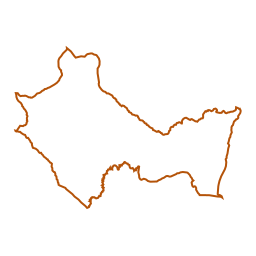 Sapuyes, Nariño, Colombia
{"feature_id": "7082276B44566424011980", "entity_name": "Sapuyes", "entity_type": "district", "adm_level": 2, "iso_a3": "COL", "parent_name": "Colombia", "parent_adm1": "Nariño", "projection": "natural_earth1", "projection_center": [-77.678, 1.042], "detail": "fine", "context": "isolated", "style": "outline", "palette": "amber", "viewbox_px": 256, "rotation_deg": 0, "n_neighbors": 0, "source": "geoboundaries", "source_scale": "gbopen_adm2", "svg_char_len": 5859}
<svg xmlns="http://www.w3.org/2000/svg" viewBox="0 0 256 256"><path d="M222.1,197.5L221.7,196.3L220.3,195.3L218.3,194.7L217.7,194.1L218.3,186.3L218.7,184.2L219.5,180.9L221.2,176.3L224.8,169.4L225.9,166.2L226.3,162.1L225.7,159.2L226.6,158.0L226.6,156.4L227.5,153.5L228.3,148.2L229.2,145.5L228.7,144.3L228.0,143.5L228.7,141.6L229.4,138.3L230.3,137.0L230.5,135.1L231.8,132.4L231.3,130.0L231.5,128.8L231.5,127.2L232.1,125.9L232.9,125.2L234.0,121.6L234.8,120.7L235.4,120.5L235.9,119.5L237.4,118.9L238.2,118.0L238.3,117.6L238.1,116.2L240.2,113.1L240.6,111.6L240.6,110.4L239.8,108.8L239.3,109.1L238.2,108.2L236.1,107.3L235.9,109.7L235.2,110.4L232.8,111.6L230.6,111.8L229.0,112.4L228.1,112.4L226.5,113.2L225.5,113.0L223.9,111.1L223.5,110.9L222.5,111.5L221.6,112.8L219.6,112.9L216.4,112.2L216.2,111.6L217.0,110.5L217.0,110.1L216.6,109.4L215.6,108.6L213.9,109.0L212.9,110.5L211.4,111.2L209.7,110.2L208.6,110.1L208.0,110.9L207.4,110.5L206.4,111.6L205.4,111.2L203.1,114.4L203.1,117.6L202.7,118.3L201.2,118.4L200.3,119.3L199.2,119.5L197.3,121.7L196.3,121.3L195.4,121.3L191.8,119.1L191.2,119.1L190.4,119.9L189.7,119.8L186.3,117.8L185.0,117.9L183.6,118.7L182.7,119.6L181.9,121.2L182.0,123.0L181.8,123.5L181.3,123.4L180.9,122.8L179.1,122.2L178.2,122.8L177.0,122.9L176.5,123.4L176.0,124.8L174.6,124.7L173.6,125.6L173.2,126.8L171.6,126.9L170.9,127.3L170.3,128.2L170.2,130.3L169.2,130.8L168.6,133.0L167.7,134.0L164.9,134.3L163.9,134.8L163.2,134.7L162.3,134.2L161.7,133.1L160.8,133.0L160.2,132.1L159.3,132.0L158.6,131.0L158.1,131.1L157.5,131.7L156.7,131.8L153.9,130.2L153.1,130.1L152.5,128.4L150.5,127.6L148.9,126.4L148.4,125.5L146.8,124.9L146.4,123.6L145.6,123.6L144.5,122.9L144.3,122.1L143.5,121.7L142.9,120.8L142.4,120.5L140.3,120.2L139.6,119.8L138.9,118.3L138.1,117.4L138.1,116.6L137.4,115.8L136.8,115.5L135.8,115.7L134.1,114.9L132.2,114.5L131.1,112.9L129.0,112.0L128.8,110.9L127.8,110.4L126.8,108.1L125.1,107.0L124.2,106.0L122.6,105.5L121.7,106.2L121.2,105.6L120.2,105.2L119.8,104.2L118.9,103.7L118.6,102.9L116.6,101.2L116.2,99.5L115.6,99.4L115.1,98.4L113.9,98.0L112.9,96.9L112.3,95.6L108.4,93.4L106.8,93.4L105.4,91.9L103.4,91.3L101.7,89.8L99.6,87.0L98.9,85.3L98.7,83.5L99.0,83.0L99.0,82.2L97.6,73.3L97.6,68.5L98.8,66.7L99.5,64.8L99.6,61.2L98.9,58.5L96.7,55.4L96.1,55.0L93.9,54.5L92.3,53.5L91.0,53.4L87.5,54.1L86.7,54.6L84.7,56.7L81.1,56.3L75.7,57.6L74.5,56.3L70.9,51.4L66.9,48.1L67.0,49.1L66.7,49.8L63.0,53.4L61.3,56.0L59.3,58.3L58.6,60.0L58.4,61.2L58.6,66.8L59.9,69.3L61.1,70.3L61.1,71.7L61.9,73.6L62.0,75.2L59.6,78.7L59.2,80.2L56.9,82.8L54.5,84.5L49.5,87.4L47.7,88.0L46.5,88.8L44.6,89.1L43.7,90.2L42.2,90.8L40.6,92.3L39.3,93.0L37.1,93.5L34.9,95.9L32.1,97.6L30.8,97.7L30.2,97.3L28.8,97.3L26.4,96.0L24.9,95.6L24.1,95.9L22.8,95.8L20.5,96.1L19.2,95.2L17.7,93.2L15.8,93.1L16.3,95.0L16.4,96.9L17.2,99.2L18.4,101.0L20.9,103.0L22.1,105.0L22.2,106.2L23.1,106.9L23.9,108.7L24.6,109.2L25.5,110.4L26.8,112.8L26.9,114.1L26.6,114.8L27.5,116.1L26.9,117.8L26.9,119.1L27.1,119.7L26.9,120.5L27.3,120.9L27.3,121.5L26.6,122.4L26.5,123.8L25.4,125.1L24.0,125.4L23.1,126.1L20.1,125.8L16.7,130.8L16.3,131.0L15.4,130.7L15.5,131.0L16.3,131.5L17.6,131.4L19.3,131.9L20.2,131.9L21.3,133.0L23.6,134.5L25.1,134.9L26.3,137.5L27.1,138.0L28.0,137.8L28.2,138.0L30.2,141.0L30.6,142.1L31.8,143.2L32.0,143.8L31.9,144.8L32.9,147.8L35.7,148.7L37.7,150.3L39.0,152.3L39.7,152.9L41.1,152.8L41.7,154.0L43.1,155.3L43.7,156.5L45.9,158.1L46.9,159.2L47.7,159.4L48.2,160.5L49.3,161.4L50.0,162.5L50.9,162.8L51.9,163.7L51.6,166.7L52.3,168.0L52.4,170.5L53.9,172.0L54.6,172.1L54.9,172.5L55.4,174.0L55.3,175.3L56.4,176.4L56.7,179.3L57.5,179.9L57.9,182.3L58.4,183.0L58.3,183.4L58.5,183.7L58.6,184.8L59.7,185.5L65.4,187.9L66.2,189.1L72.4,194.1L74.6,196.6L78.5,199.5L81.1,202.4L85.4,206.0L87.1,207.9L88.5,207.3L88.8,206.4L89.2,206.6L90.1,204.5L90.9,203.6L90.6,201.8L89.7,201.3L90.5,200.9L90.1,200.3L90.7,200.2L90.8,200.0L90.2,199.4L90.8,198.7L91.4,198.4L91.2,197.9L91.4,197.7L92.1,197.2L92.5,197.3L92.9,197.1L93.4,197.4L94.2,197.2L94.9,197.8L95.5,197.8L96.1,198.4L98.0,197.9L99.1,196.0L99.8,196.3L100.6,196.0L100.6,194.7L101.0,194.1L100.8,193.3L101.6,192.7L101.9,191.8L102.6,191.8L102.9,190.8L103.5,190.6L103.6,190.1L103.2,188.8L103.6,188.0L102.8,187.9L102.3,187.3L102.5,187.1L103.0,187.4L103.2,187.1L102.6,186.2L102.9,185.5L102.2,185.2L103.3,184.5L102.8,183.7L102.9,183.0L102.3,182.3L103.1,181.4L102.3,180.9L102.2,180.4L103.1,180.0L102.6,179.2L103.6,178.9L103.4,177.8L104.2,177.7L104.1,176.2L104.6,175.5L104.4,175.2L103.6,175.5L103.5,174.9L105.1,174.5L106.3,173.2L106.7,173.6L107.1,173.5L106.8,172.8L106.9,171.0L107.7,170.7L108.0,169.6L108.9,169.6L110.0,167.9L110.1,168.8L110.4,169.2L111.1,168.6L111.4,169.2L112.3,169.5L112.3,169.1L111.6,168.7L111.6,168.2L112.4,167.6L112.5,166.6L113.2,166.4L113.6,165.6L114.8,165.3L115.7,165.6L117.2,167.1L117.7,169.2L118.2,169.7L118.6,169.6L118.9,169.1L118.8,167.8L119.4,166.8L119.4,165.1L119.7,165.1L120.5,166.2L121.1,165.0L121.9,165.4L122.5,164.1L123.6,163.6L123.8,162.9L124.3,162.8L124.3,162.2L124.6,162.0L125.2,162.2L126.5,163.5L127.7,163.6L128.2,164.6L129.3,164.9L129.7,167.0L130.4,168.2L131.3,168.4L132.7,168.0L133.1,168.8L133.8,169.2L134.1,170.8L134.9,169.9L135.9,170.4L136.3,169.9L136.0,168.8L136.1,168.3L137.1,168.0L138.3,166.4L138.8,166.4L139.1,166.6L138.3,172.3L139.1,175.4L139.2,177.3L139.7,178.5L140.6,179.5L141.5,179.8L143.7,178.8L144.7,179.0L146.2,179.6L147.9,181.0L150.3,181.7L156.9,181.5L158.7,180.2L160.6,179.5L162.0,178.5L164.0,177.7L166.3,176.1L167.8,176.0L169.4,176.6L170.8,176.5L176.2,174.1L177.1,173.3L178.9,173.2L180.4,172.4L182.8,172.0L187.0,172.5L187.7,172.8L189.8,175.0L190.7,176.9L191.8,178.1L192.4,179.7L193.4,180.5L192.0,181.8L191.6,182.5L192.3,185.8L193.3,186.9L194.7,186.3L195.4,186.6L196.2,188.1L196.1,189.7L198.0,193.0L199.3,194.3L199.6,195.1L209.2,195.2L217.2,196.5L220.3,196.7L221.4,197.0L222.1,197.5Z" fill="none" stroke="#b45309" stroke-width="2"/></svg>